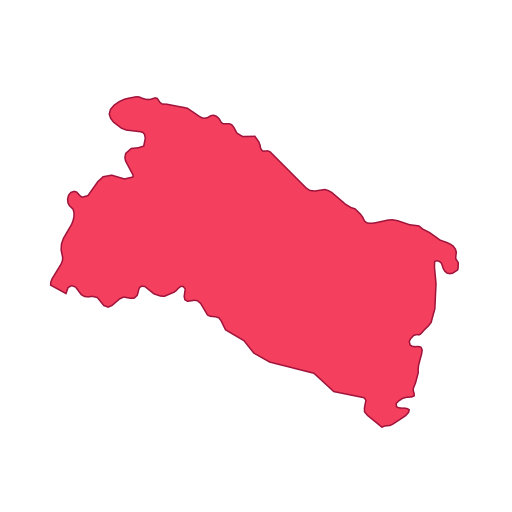 the Metropolitan department of Oise, rotated 200°
{"feature_id": "FRA-5331", "entity_name": "Oise", "entity_type": "Metropolitan department", "adm_level": 1, "iso_a3": "FRA", "parent_name": "France", "parent_adm1": "", "projection": "natural_earth1", "projection_center": [2.414, 49.417], "detail": "fine", "context": "isolated", "style": "filled", "palette": "rose", "viewbox_px": 512, "rotation_deg": 200, "n_neighbors": 0, "source": "natural_earth", "source_scale": "10m", "svg_char_len": 2929}
<svg xmlns="http://www.w3.org/2000/svg" viewBox="0 0 512 512"><g transform="rotate(200 256 256)"><path d="M439.1,158.4L439.9,161.4L439.8,165.0L436.4,181.8L436.3,185.2L437.0,188.2L441.2,195.0L442.9,200.7L443.0,206.7L440.1,222.6L440.0,226.6L440.5,230.6L441.8,234.4L443.9,237.4L448.4,239.4L450.7,241.4L452.5,245.0L452.9,249.0L451.7,252.4L448.9,254.6L446.3,254.7L441.9,252.4L439.5,251.8L434.6,255.2L430.1,271.7L426.8,278.2L419.2,282.6L406.0,283.4L398.7,288.1L399.1,289.9L411.1,300.7L412.9,303.7L413.5,307.9L410.0,314.4L403.7,317.4L399.1,320.9L400.3,328.8L402.3,332.1L404.4,333.4L406.9,333.3L420.9,330.0L426.2,330.1L435.5,333.0L439.5,335.5L442.4,339.1L442.9,344.0L440.9,349.2L437.4,354.2L433.3,358.3L429.5,360.8L423.3,364.5L420.4,365.5L416.3,365.3L412.7,365.6L409.0,366.9L404.9,370.1L402.7,370.3L398.8,367.5L396.1,366.7L391.9,368.1L371.1,371.4L356.6,367.7L354.0,367.4L351.4,367.8L348.5,369.8L347.1,371.7L345.7,372.9L343.7,373.8L341.1,373.8L338.3,372.7L337.0,371.9L334.4,369.7L332.1,369.0L326.5,371.1L323.8,371.1L320.7,369.2L315.9,364.9L309.4,363.7L298.0,368.1L292.4,364.2L290.0,361.4L289.0,359.5L287.4,357.8L285.4,356.9L280.9,358.8L278.4,358.7L232.2,337.1L227.9,336.0L223.1,337.1L214.1,342.0L210.5,342.2L206.5,341.6L189.5,335.2L183.2,334.0L179.1,334.2L172.3,331.1L168.9,328.9L167.1,327.0L165.0,325.5L162.5,325.1L158.7,326.2L155.4,327.9L144.1,335.0L140.2,336.7L134.9,337.6L122.4,337.9L113.2,340.0L108.5,338.3L100.9,337.4L88.5,333.9L80.0,333.9L77.0,333.5L74.0,332.7L70.8,330.5L69.0,327.9L68.2,324.3L67.4,321.8L63.6,318.8L62.2,314.5L61.7,312.3L62.1,311.4L65.5,306.9L68.1,305.6L70.9,305.3L73.5,306.4L75.7,308.2L78.8,312.1L79.3,312.5L80.2,313.1L82.1,313.6L84.1,313.5L85.4,312.7L86.0,312.3L86.2,311.8L84.4,306.4L77.4,291.6L69.9,267.6L69.1,257.8L68.7,253.5L70.0,249.4L72.5,244.3L74.3,239.7L75.3,238.2L75.9,237.6L76.8,237.5L78.5,236.9L80.7,235.2L82.4,231.2L82.8,228.2L80.7,225.0L78.1,224.6L75.4,225.2L73.0,226.3L71.3,226.7L69.6,226.6L67.7,224.5L66.9,220.7L65.9,209.2L64.9,205.1L63.6,201.7L62.7,191.4L62.9,184.9L61.7,182.6L60.3,180.7L59.5,178.8L61.3,176.9L66.6,174.5L69.6,172.3L72.6,168.2L73.8,165.3L72.4,162.4L70.1,162.2L67.3,162.8L64.5,163.8L61.9,164.3L59.5,164.0L59.1,161.3L60.8,157.1L69.8,145.0L72.1,142.6L76.9,140.3L79.1,138.2L96.6,144.3L100.7,146.7L102.1,150.1L103.4,158.1L105.9,159.8L136.5,155.2L161.4,165.6L206.8,161.0L224.8,164.0L238.3,172.3L259.4,176.2L267.0,183.5L269.7,185.1L272.6,185.2L278.4,183.7L281.4,184.0L291.8,192.5L295.9,194.0L299.0,193.2L304.8,190.0L307.9,190.6L309.7,193.5L311.2,200.8L314.1,202.5L316.4,201.6L317.9,199.2L319.1,196.3L320.6,194.0L328.3,186.8L332.1,185.7L338.9,185.5L349.8,189.3L353.1,188.6L354.6,186.5L354.7,183.9L354.3,181.0L354.2,178.3L356.1,174.7L359.2,173.4L366.3,172.2L369.5,169.0L374.4,160.3L377.4,157.4L382.0,157.4L390.9,162.7L396.0,162.1L399.7,160.2L403.3,159.3L406.9,159.9L414.9,165.1L419.1,165.1L421.8,162.1L421.7,155.7L439.1,158.4Z" fill="#f43f5e" stroke="#9f1239" stroke-width="1.5"/></g></svg>